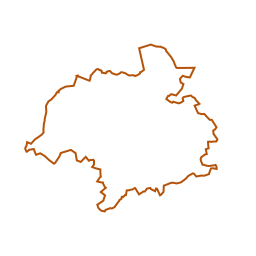 Shira, Bauchi, Nigeria (Natural Earth projection), rotated 103°
{"feature_id": "59680162B33775428128459", "entity_name": "Shira", "entity_type": "district", "adm_level": 2, "iso_a3": "NGA", "parent_name": "Nigeria", "parent_adm1": "Bauchi", "projection": "natural_earth1", "projection_center": [10.019, 11.46], "detail": "fine", "context": "isolated", "style": "outline", "palette": "amber", "viewbox_px": 256, "rotation_deg": 103, "n_neighbors": 0, "source": "geoboundaries", "source_scale": "gbopen_adm2", "svg_char_len": 4075}
<svg xmlns="http://www.w3.org/2000/svg" viewBox="0 0 256 256"><g transform="rotate(103 128 128)"><path d="M173.9,221.6L173.9,221.2L173.0,220.5L172.6,220.2L171.4,219.3L169.7,215.1L174.4,211.9L174.8,211.5L172.4,207.9L173.9,203.2L174.6,201.8L177.0,197.7L178.9,193.3L179.4,192.4L179.3,191.9L178.3,191.1L170.8,188.3L167.5,187.9L162.2,178.7L163.0,176.6L164.3,173.4L171.1,170.6L171.7,166.4L165.6,162.7L168.7,158.7L167.8,157.8L166.8,154.6L167.4,153.8L171.3,152.9L174.0,154.1L174.5,151.3L174.6,147.4L174.6,145.6L177.5,144.9L178.9,144.5L179.5,144.4L181.5,143.5L182.1,144.1L187.0,146.0L187.1,144.0L187.0,141.5L186.8,140.1L187.7,139.8L190.6,137.4L191.2,136.2L196.5,140.1L198.8,135.2L203.6,135.7L204.0,135.6L205.5,136.6L205.6,136.9L209.7,140.6L209.9,140.4L212.4,139.1L214.3,136.2L214.6,135.2L214.6,134.1L214.5,131.9L212.9,131.5L210.1,127.3L210.1,125.6L208.1,123.3L203.9,121.6L201.2,120.3L200.2,120.2L199.3,119.3L198.4,118.4L196.6,118.6L196.2,118.2L196.2,117.1L193.6,115.5L193.6,114.9L189.1,115.2L188.4,112.8L187.9,112.2L186.8,109.7L184.9,107.8L185.0,107.4L188.8,103.7L190.2,102.3L186.4,98.7L186.0,97.2L182.8,95.9L181.4,92.8L182.4,91.9L183.5,87.4L180.7,87.1L180.7,86.0L186.0,82.0L186.4,81.7L186.0,81.2L185.8,81.0L182.3,79.0L178.0,79.8L177.8,79.9L176.1,80.1L173.9,76.8L172.2,74.5L172.0,73.6L171.4,73.0L171.1,70.5L171.1,68.2L169.8,65.6L168.9,64.0L167.7,63.1L166.4,61.9L164.0,60.0L161.4,58.7L157.6,54.6L157.7,53.4L159.9,50.6L159.3,49.2L158.0,46.2L157.7,45.0L157.3,42.9L154.7,38.7L153.7,38.8L152.6,38.6L152.1,38.5L150.9,38.4L149.6,38.2L148.7,38.0L148.2,36.5L147.9,32.4L145.7,33.1L144.3,34.4L144.9,35.4L145.9,38.2L146.7,40.1L146.9,41.4L147.1,43.0L147.0,44.1L146.8,45.3L147.0,47.2L145.2,48.4L143.7,49.5L142.7,50.0L141.3,50.3L140.7,50.1L140.1,50.1L139.3,49.5L136.4,46.9L135.7,45.4L131.2,47.4L129.7,44.9L126.9,45.9L126.3,46.1L125.4,46.4L123.4,46.9L122.9,45.3L122.7,43.3L122.1,42.2L121.4,39.1L119.7,38.3L118.8,38.4L118.0,39.5L117.1,40.4L115.0,42.7L114.8,43.2L111.4,44.4L109.8,42.9L107.4,41.9L101.2,48.2L101.6,50.3L99.4,53.6L98.5,54.9L97.1,56.8L98.0,59.6L97.8,61.7L97.7,63.1L93.9,66.1L91.2,68.1L88.8,64.2L88.4,63.8L85.3,68.5L84.7,68.7L83.5,70.2L83.5,71.7L82.5,73.4L82.2,74.2L82.3,74.3L85.3,80.7L86.8,81.5L89.0,80.2L89.3,80.2L91.4,82.3L92.3,83.7L92.6,84.1L92.2,89.8L93.4,90.6L93.1,92.6L91.1,97.2L87.6,96.1L87.3,94.9L85.3,93.5L85.5,88.4L78.5,84.8L77.4,84.3L72.7,83.9L71.8,86.9L68.4,88.4L66.5,87.4L64.8,86.3L65.2,82.9L64.8,79.1L54.4,76.8L58.5,93.7L58.1,94.8L54.6,97.3L53.1,98.3L52.9,98.4L49.3,101.8L46.7,105.1L46.4,105.5L44.4,108.1L42.8,108.9L41.8,111.7L41.8,113.1L41.6,114.0L41.4,114.6L41.8,115.6L41.8,117.1L42.0,117.5L42.3,118.6L41.6,124.5L42.8,126.6L47.8,135.1L54.4,131.9L67.7,125.5L70.5,127.8L70.9,128.7L71.3,128.7L71.6,128.7L71.8,128.7L72.0,128.7L72.5,128.8L74.7,131.1L75.8,132.9L75.5,133.4L75.4,134.0L75.5,134.9L75.7,135.8L75.9,136.8L76.2,137.6L76.6,138.5L76.4,139.2L76.1,140.5L75.4,142.6L75.1,143.6L75.1,144.6L75.1,145.6L75.1,147.1L76.2,148.0L77.3,149.0L78.1,150.2L78.6,150.9L78.6,152.9L78.3,154.2L78.4,155.2L78.1,156.0L76.5,158.4L76.9,159.5L77.4,160.4L77.9,161.3L78.2,161.6L78.8,161.5L79.2,161.5L79.6,161.8L79.8,162.4L79.8,163.9L79.9,165.0L80.0,165.9L79.2,166.2L78.6,166.3L78.3,166.7L78.2,167.1L77.8,167.5L78.1,168.2L78.0,168.8L77.7,169.3L77.5,169.7L77.3,170.2L77.5,171.2L78.4,172.2L82.0,174.3L83.5,175.0L85.2,176.1L87.2,175.9L88.3,175.9L90.0,175.9L90.6,176.1L88.9,187.8L88.2,188.5L88.3,189.1L88.5,189.2L88.6,189.4L88.8,189.3L88.9,189.5L89.0,189.3L99.1,190.4L101.6,197.9L105.0,202.2L105.3,202.3L105.6,202.7L106.0,202.9L106.4,203.2L106.7,203.5L107.0,203.5L107.3,203.9L107.5,204.1L107.9,203.9L108.1,203.7L108.5,203.6L108.9,203.6L108.9,204.3L109.1,204.7L109.3,205.4L112.1,206.1L113.3,206.8L113.9,207.1L117.4,209.1L118.6,210.2L120.0,211.5L124.9,212.9L130.7,211.2L132.1,211.2L137.2,211.2L138.8,211.0L139.6,210.9L143.5,210.8L146.0,210.4L147.9,210.2L151.4,209.3L153.7,210.4L154.6,211.2L156.6,212.9L158.2,214.4L160.2,216.2L162.9,217.7L165.2,219.0L164.5,223.1L168.1,222.9L168.4,223.0L169.3,223.3L170.5,223.6L171.7,223.3L172.4,222.7L173.9,221.6Z" fill="none" stroke="#b45309" stroke-width="2"/></g></svg>